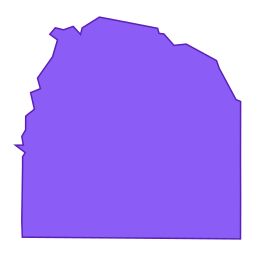 Franklin, Tennessee, United States of America (Natural Earth projection)
{"feature_id": "52423323B14887916577192", "entity_name": "Franklin", "entity_type": "district", "adm_level": 2, "iso_a3": "USA", "parent_name": "United States of America", "parent_adm1": "Tennessee", "projection": "natural_earth1", "projection_center": [-86.154, 35.175], "detail": "fine", "context": "isolated", "style": "filled", "palette": "violet", "viewbox_px": 256, "rotation_deg": 0, "n_neighbors": 0, "source": "geoboundaries", "source_scale": "gbopen_adm2", "svg_char_len": 543}
<svg xmlns="http://www.w3.org/2000/svg" viewBox="0 0 256 256"><path d="M216.5,60.6L186.2,44.1L174.0,45.4L163.8,33.9L159.1,33.4L157.6,28.3L99.4,17.1L82.2,27.9L80.5,34.4L73.2,26.4L63.6,29.8L55.3,27.8L49.8,34.3L57.5,39.9L52.6,56.7L37.5,78.1L40.4,88.7L30.6,92.6L34.4,109.2L25.7,116.1L25.6,129.9L21.8,136.4L23.3,145.1L15.4,145.2L25.2,152.6L22.6,156.7L22.6,166.2L21.8,220.7L22.3,237.2L25.9,237.2L145.6,238.1L240.5,238.9L240.6,197.3L240.5,160.5L240.6,101.5L236.0,99.6L219.2,68.3L216.5,60.6Z" fill="#8b5cf6" stroke="#5b21b6" stroke-width="1.5"/></svg>